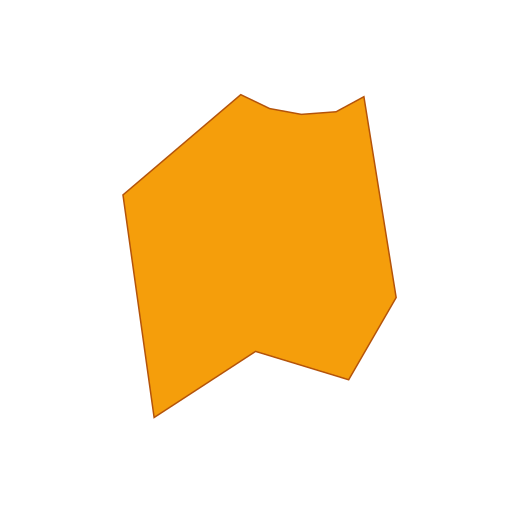 the border of Ormoc, rotated 200°
{"feature_id": "PHL-5534", "entity_name": "Ormoc", "entity_type": "Independent Component City", "adm_level": 1, "iso_a3": "PHL", "parent_name": "Philippines", "parent_adm1": "", "projection": "equal_earth", "projection_center": [124.578, 11.07], "detail": "fine", "context": "isolated", "style": "filled", "palette": "amber", "viewbox_px": 512, "rotation_deg": 200, "n_neighbors": 0, "source": "natural_earth", "source_scale": "10m", "svg_char_len": 302}
<svg xmlns="http://www.w3.org/2000/svg" viewBox="0 0 512 512"><g transform="rotate(200 256 256)"><path d="M325.5,402.4L293.6,399.2L261.8,404.6L230.1,418.9L209.1,442.6L110.1,264.9L126.6,171.4L223.8,166.2L296.5,69.4L401.9,267.9L325.5,402.4Z" fill="#f59e0b" stroke="#b45309" stroke-width="1.5"/></g></svg>